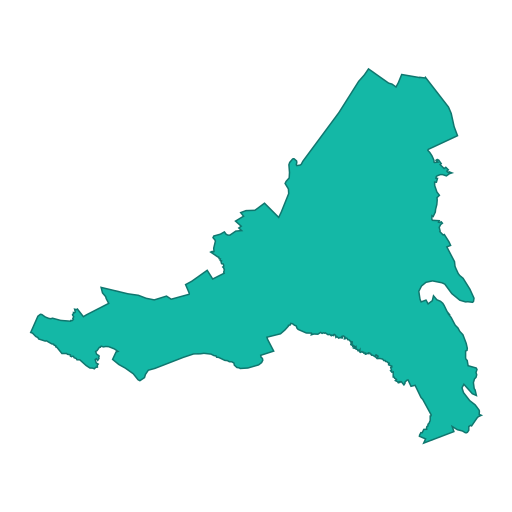 Moara, Suceava, Romania (Natural Earth projection)
{"feature_id": "2599482B75837572043429", "entity_name": "Moara", "entity_type": "district", "adm_level": 2, "iso_a3": "ROU", "parent_name": "Romania", "parent_adm1": "Suceava", "projection": "natural_earth1", "projection_center": [26.193, 47.582], "detail": "fine", "context": "isolated", "style": "filled", "palette": "teal", "viewbox_px": 512, "rotation_deg": 0, "n_neighbors": 0, "source": "geoboundaries", "source_scale": "gbopen_adm2", "svg_char_len": 6039}
<svg xmlns="http://www.w3.org/2000/svg" viewBox="0 0 512 512"><path d="M423.7,443.1L453.9,431.6L452.2,426.5L457.4,429.7L462.5,431.0L465.3,432.7L466.4,432.8L467.4,432.3L468.8,430.2L468.8,426.5L470.6,425.4L471.6,425.9L477.1,417.9L478.3,416.7L481.3,415.3L479.2,414.4L479.4,411.1L479.0,410.0L475.2,404.9L469.7,400.6L463.5,392.6L462.0,387.8L463.9,384.3L472.3,393.7L476.4,395.5L475.1,389.9L474.2,388.6L473.4,382.6L474.5,378.9L476.0,377.4L476.7,374.8L476.0,372.4L477.0,369.5L476.2,368.0L468.1,365.7L467.2,360.5L465.8,358.9L465.6,357.8L465.6,351.0L467.0,350.4L467.3,348.3L466.2,343.4L462.9,334.7L459.8,331.4L457.9,327.9L455.2,325.2L451.2,317.6L448.6,314.2L449.2,314.2L447.1,311.6L444.1,305.4L442.8,303.3L440.5,301.3L436.9,299.8L433.5,295.8L432.3,300.7L428.1,303.9L426.0,300.1L421.1,301.9L420.0,299.3L418.8,291.3L421.5,286.0L426.0,282.3L432.5,280.9L442.0,282.8L444.8,284.1L451.8,293.6L459.8,300.2L465.5,301.9L467.8,301.7L472.6,302.3L473.5,301.4L474.0,298.2L469.9,289.2L463.1,278.3L459.7,275.5L458.2,273.5L455.9,268.5L455.0,266.3L454.5,261.6L446.8,246.9L450.6,245.4L449.0,241.9L444.3,234.5L443.2,235.0L439.8,231.6L440.1,231.0L439.2,227.3L440.7,224.5L442.4,223.2L441.2,221.8L439.7,222.5L438.5,222.3L439.2,220.7L432.5,220.3L431.8,219.4L432.0,215.7L433.2,216.5L435.3,212.1L435.6,209.3L436.8,204.6L437.2,200.1L437.0,197.6L439.4,195.3L436.9,192.0L434.7,185.6L434.6,182.1L436.4,182.2L437.5,178.4L435.9,178.2L436.3,176.6L437.2,175.8L440.3,174.6L442.6,174.6L446.4,175.9L449.4,173.7L451.9,172.9L449.1,171.8L448.6,172.5L447.6,172.1L446.8,171.1L448.3,169.8L445.8,167.3L444.1,168.5L440.7,165.2L440.1,164.5L441.2,163.6L438.6,160.0L438.0,160.3L437.2,159.5L436.0,160.3L437.7,162.2L434.4,162.5L434.0,162.1L433.9,160.2L432.0,155.9L429.8,152.5L427.8,150.4L427.9,150.0L428.4,149.3L457.5,135.7L454.1,126.6L451.2,113.4L448.5,107.1L425.4,77.3L425.0,78.0L419.8,77.3L419.7,77.6L401.7,74.5L398.3,82.8L396.0,87.0L392.0,84.1L388.6,83.1L368.5,68.9L364.3,75.0L358.7,81.3L338.9,112.6L302.9,161.2L301.2,164.4L300.1,165.1L296.8,165.6L296.3,164.8L296.8,162.5L296.6,161.0L294.1,158.8L293.5,158.7L292.6,159.0L289.7,162.4L288.9,164.8L289.5,172.5L289.2,177.9L286.1,181.4L285.1,183.5L288.4,188.9L288.7,193.6L281.3,212.0L278.7,217.4L264.5,203.2L254.9,210.3L246.0,210.6L240.7,212.6L243.6,216.2L235.5,221.1L241.2,226.2L238.8,228.0L241.6,230.6L235.8,231.1L229.8,235.2L227.8,235.1L226.2,234.3L224.4,231.9L220.3,234.2L213.8,236.0L213.0,237.7L214.9,239.9L215.4,241.2L213.7,248.2L214.0,251.6L213.5,251.9L212.2,251.4L210.7,252.1L217.9,257.0L218.7,257.1L219.2,258.7L220.4,258.9L220.1,260.2L220.6,260.9L221.5,260.8L221.2,262.8L221.8,263.8L223.0,263.8L223.7,265.2L223.7,266.3L222.8,267.0L224.0,268.3L223.9,268.9L224.4,269.8L223.7,272.1L224.2,273.2L212.7,279.0L207.2,270.3L191.7,281.3L185.6,284.6L189.3,293.3L189.1,294.3L171.2,299.2L166.5,296.1L154.3,299.9L146.2,298.3L138.4,295.3L127.9,293.8L101.1,287.4L102.5,292.9L105.7,296.7L106.2,298.6L108.7,303.4L86.3,314.9L83.4,316.7L77.4,309.0L76.4,309.6L74.6,309.2L75.3,312.0L74.5,312.7L73.5,312.5L73.6,313.2L72.5,314.8L73.7,316.8L72.8,318.5L73.4,319.3L72.4,320.5L70.8,320.5L70.6,321.2L60.6,320.4L52.5,318.2L50.8,318.7L48.8,318.4L45.3,317.0L41.8,314.5L40.4,314.3L37.9,316.2L30.7,332.5L32.5,333.1L35.8,336.5L37.8,337.5L38.7,339.0L45.3,341.1L46.2,340.7L51.8,343.9L53.7,344.2L54.2,345.3L55.7,345.6L55.8,346.9L56.9,347.3L61.9,353.5L66.7,353.5L67.4,354.3L70.4,354.8L70.4,356.1L71.5,356.7L72.1,356.3L73.5,356.4L74.1,357.7L76.2,358.5L77.0,359.8L79.8,359.8L86.1,365.5L89.9,368.0L92.7,368.1L94.3,368.8L95.8,367.3L97.4,367.1L97.3,365.2L98.2,364.1L96.2,363.0L95.2,359.5L96.4,358.7L97.7,360.4L99.0,358.4L98.6,357.4L99.1,356.6L98.9,355.6L96.7,354.3L95.6,351.5L97.1,350.6L99.4,347.3L100.4,347.2L100.6,346.5L101.3,346.2L103.4,346.9L105.5,346.5L108.5,346.6L114.4,348.9L117.9,351.4L116.1,351.9L112.6,359.4L118.8,364.5L125.3,368.1L133.3,373.8L138.0,379.7L139.9,380.7L144.5,377.6L145.4,374.5L148.3,370.2L154.9,368.4L183.2,357.4L193.7,353.9L200.4,353.8L203.9,353.3L211.0,354.1L214.2,355.7L215.9,355.8L216.6,357.2L218.6,357.4L224.9,360.4L227.3,360.6L229.3,361.7L231.8,361.8L234.0,363.1L234.3,365.1L236.9,367.5L239.4,367.9L240.2,368.5L247.9,368.0L258.6,364.9L261.6,362.6L262.8,360.2L262.4,358.4L261.0,357.1L260.7,355.3L273.7,351.1L267.6,339.4L266.9,337.2L280.5,333.8L284.9,330.0L288.5,326.0L288.4,325.4L290.3,324.9L290.7,323.4L292.5,323.7L294.4,325.2L296.2,325.9L297.0,328.2L298.1,329.4L306.3,333.0L311.4,333.1L311.7,333.4L311.3,334.8L313.9,334.0L317.9,334.2L320.6,332.4L322.1,333.4L323.3,332.8L324.5,333.2L325.2,332.8L328.0,334.7L329.8,334.4L331.2,335.7L331.6,335.1L333.6,335.6L333.6,334.6L334.5,334.4L335.7,335.6L335.9,337.4L337.0,336.7L338.8,338.2L339.7,337.6L342.3,338.0L342.5,337.5L341.7,336.5L343.3,335.9L344.8,336.8L344.4,338.9L345.2,338.8L346.0,337.9L347.3,338.5L347.6,339.6L349.4,340.0L350.9,342.1L351.7,341.6L352.2,341.8L352.2,342.5L351.4,343.0L352.2,343.9L350.8,344.1L350.8,344.6L352.9,345.7L352.7,346.7L353.8,346.7L353.8,345.9L355.2,346.6L353.8,348.1L355.3,348.4L356.0,347.3L356.1,349.2L357.8,349.6L357.9,350.7L359.0,350.9L359.9,349.7L359.8,351.9L360.3,352.4L361.9,351.6L362.3,352.2L363.7,352.2L363.9,353.2L365.3,353.1L365.4,354.2L366.7,353.9L367.0,353.3L368.4,353.6L368.7,352.8L369.9,353.1L370.2,354.0L371.2,354.2L371.5,355.2L372.7,355.2L375.3,356.9L375.9,356.6L375.6,355.2L376.1,354.8L378.1,356.2L377.8,357.0L376.3,357.7L377.1,358.6L380.0,358.5L382.6,359.1L383.9,360.6L385.1,360.5L385.7,361.5L386.8,361.6L388.4,362.9L389.1,363.0L389.3,363.4L388.6,363.9L388.6,364.8L391.8,366.1L391.8,367.1L390.7,367.4L391.5,370.2L390.6,370.7L391.9,372.2L393.2,371.9L393.2,377.0L394.2,377.2L394.6,378.2L396.2,379.2L396.5,379.6L395.4,380.6L397.6,381.7L398.3,382.8L399.6,382.5L399.1,381.9L399.2,381.6L401.3,381.7L403.9,384.9L405.0,383.3L404.9,382.3L406.9,380.2L408.0,379.9L411.0,386.3L415.1,385.3L421.0,397.5L422.8,399.5L431.2,414.9L431.0,415.8L430.2,416.0L430.2,420.5L428.9,423.5L428.0,424.2L427.9,426.0L426.9,426.5L426.5,428.1L426.7,429.3L423.8,429.4L422.2,432.7L420.9,432.6L419.6,435.1L419.4,436.3L425.6,438.9L423.7,443.1Z" fill="#14b8a6" stroke="#0f766e" stroke-width="1.5"/></svg>